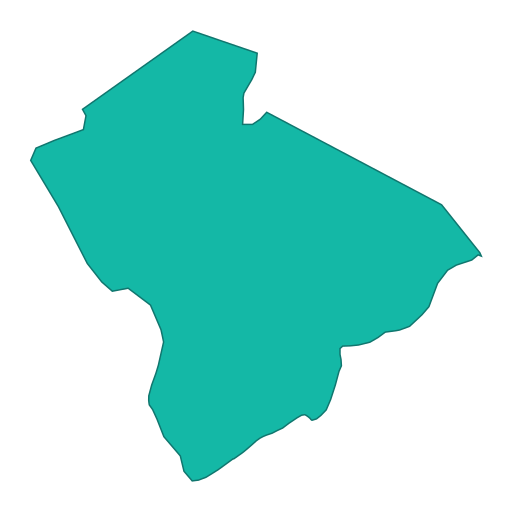 Esperance, Vieux Fort, Saint Lucia (Natural Earth projection)
{"feature_id": "8701671B19142540356259", "entity_name": "Esperance", "entity_type": "district", "adm_level": 2, "iso_a3": "LCA", "parent_name": "Saint Lucia", "parent_adm1": "Vieux Fort", "projection": "natural_earth1", "projection_center": [-60.961, 13.789], "detail": "fine", "context": "isolated", "style": "filled", "palette": "teal", "viewbox_px": 512, "rotation_deg": 0, "n_neighbors": 0, "source": "geoboundaries", "source_scale": "gbopen_adm2", "svg_char_len": 1410}
<svg xmlns="http://www.w3.org/2000/svg" viewBox="0 0 512 512"><path d="M233.1,458.8L233.7,458.9L237.8,456.0L239.5,454.8L241.8,453.2L244.0,451.5L248.4,447.8L252.3,444.4L256.4,440.7L259.9,438.2L263.1,436.5L266.4,435.1L272.1,433.2L277.3,430.5L282.7,428.0L285.3,426.0L288.7,423.4L292.0,421.2L297.2,417.7L301.6,415.2L304.8,414.7L306.1,415.3L308.5,417.0L310.2,418.5L310.9,419.5L311.9,420.2L312.5,420.1L316.5,418.9L320.9,415.4L326.2,409.9L330.6,399.6L335.3,385.1L339.0,371.3L341.4,365.8L341.0,359.5L340.0,354.4L340.0,348.5L342.7,346.1L350.5,345.8L358.5,345.0L369.9,342.2L378.0,337.5L385.3,332.1L395.9,330.7L399.6,330.0L409.6,326.3L422.0,314.7L428.9,306.7L437.6,283.3L447.6,270.2L456.3,265.1L471.8,260.0L478.1,254.9L481.3,256.1L479.8,252.7L441.6,204.8L266.7,112.3L260.4,119.1L252.5,124.4L242.6,124.4L243.5,109.6L243.3,102.9L243.1,97.7L243.9,93.1L249.5,83.5L251.7,79.8L254.7,73.5L255.3,72.4L257.2,53.2L218.1,39.8L192.8,31.1L82.5,109.3L86.0,115.7L83.4,129.6L54.4,140.4L36.0,148.1L30.7,160.4L58.4,206.6L76.5,242.3L87.3,263.5L101.8,282.0L105.7,285.4L112.3,291.2L128.1,288.2L150.5,305.1L161.0,329.7L162.4,336.1L163.6,342.0L158.4,365.1L157.2,369.1L155.9,373.4L153.3,380.6L151.7,385.0L148.8,395.8L148.7,400.3L149.0,403.0L149.3,404.9L152.6,409.5L157.0,419.1L163.9,436.7L171.5,445.6L180.3,455.9L184.0,471.3L192.2,480.9L198.5,480.1L206.1,477.2L218.0,469.8L233.1,458.8Z" fill="#14b8a6" stroke="#0f766e" stroke-width="1.5"/></svg>